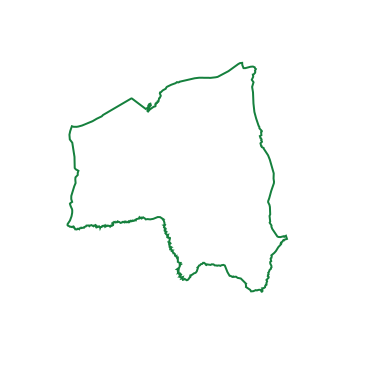 outline of Phanom Sarakham, Chachoengsao, Thailand, rotated 56°
{"feature_id": "78962969B65089616698234", "entity_name": "Phanom Sarakham", "entity_type": "district", "adm_level": 2, "iso_a3": "THA", "parent_name": "Thailand", "parent_adm1": "Chachoengsao", "projection": "robinson", "projection_center": [101.467, 13.734], "detail": "fine", "context": "isolated", "style": "outline", "palette": "green", "viewbox_px": 384, "rotation_deg": 56, "n_neighbors": 0, "source": "geoboundaries", "source_scale": "gbopen_adm2", "svg_char_len": 6074}
<svg xmlns="http://www.w3.org/2000/svg" viewBox="0 0 384 384"><g transform="rotate(56 192 192)"><path d="M113.0,78.2L112.0,80.1L111.8,82.0L112.2,94.2L110.9,106.4L110.1,108.3L107.8,112.7L101.3,122.1L99.2,126.2L93.6,140.7L93.8,141.0L93.4,142.3L92.5,143.0L92.6,144.8L91.5,149.1L90.8,153.9L91.0,154.9L91.7,156.0L91.4,159.4L91.9,162.0L91.6,162.8L92.2,163.5L94.8,164.1L96.0,166.2L95.9,166.9L98.0,169.0L97.7,169.6L98.3,169.9L98.1,171.1L98.6,171.3L98.3,172.4L98.9,172.8L98.8,173.4L100.3,174.1L100.4,174.9L99.9,176.1L100.0,180.7L100.7,183.4L99.8,183.6L97.5,179.2L97.1,177.6L95.5,177.1L95.2,178.2L95.9,179.8L96.2,180.2L97.4,180.1L97.3,183.9L81.0,189.5L80.5,190.0L78.4,222.7L78.8,224.5L78.0,230.0L77.7,234.7L75.4,246.0L74.1,249.8L73.4,251.3L71.7,253.7L70.3,254.8L73.4,258.9L76.0,261.6L80.1,263.9L84.2,263.7L97.2,269.8L106.5,275.8L108.2,275.7L110.9,274.3L112.3,276.1L114.0,277.2L114.7,280.4L116.3,281.7L119.5,283.5L121.4,286.4L127.8,294.3L130.4,296.1L133.2,296.9L133.2,299.0L133.5,299.8L135.9,300.5L139.3,301.1L140.5,301.7L142.3,303.0L144.8,305.5L147.4,309.1L149.0,313.0L149.8,313.7L150.7,313.6L151.1,313.2L152.6,312.6L152.9,311.9L153.6,311.6L154.1,310.1L154.4,310.4L154.9,310.2L155.1,309.5L155.9,309.7L156.8,309.4L157.6,309.7L158.3,308.9L158.6,308.5L158.4,307.6L158.9,307.3L159.2,306.5L159.7,306.3L159.2,305.6L160.0,304.0L159.7,303.7L160.4,303.0L161.2,301.4L160.8,301.0L161.2,299.1L160.8,298.3L162.1,296.2L162.9,296.2L162.8,295.4L163.2,293.9L165.3,292.8L165.0,291.9L165.4,291.4L165.4,290.5L165.9,290.4L166.1,290.9L166.5,290.5L167.1,290.6L167.1,291.1L167.6,291.1L167.3,290.2L168.1,290.3L168.3,290.0L168.4,289.5L168.1,289.3L168.4,288.5L168.7,288.7L169.6,287.8L170.3,288.1L169.9,287.5L170.5,286.4L170.0,285.3L170.7,283.9L171.1,283.9L171.0,282.9L172.2,283.3L172.1,282.4L172.4,282.4L172.6,281.7L172.4,281.2L172.9,280.8L172.9,280.4L174.1,279.6L174.2,279.0L174.9,279.1L174.6,277.9L174.8,277.1L175.0,277.1L174.9,276.8L175.2,276.9L175.3,276.0L175.0,275.6L173.9,275.2L174.2,275.7L173.3,275.5L173.4,274.8L173.6,275.2L173.8,275.0L173.5,274.5L173.5,273.3L174.1,272.9L174.0,272.6L174.3,272.6L174.8,271.7L174.8,270.2L175.4,270.3L175.5,269.7L176.2,269.1L177.7,268.5L178.1,267.2L177.9,266.4L178.5,265.9L178.6,265.2L179.3,265.0L179.0,264.0L179.5,263.4L180.2,263.6L180.9,262.5L180.9,261.2L181.7,261.4L182.0,260.8L181.4,259.9L181.9,259.2L181.6,258.9L182.0,258.5L182.5,258.4L182.6,258.1L182.2,258.1L182.5,257.0L183.4,256.4L183.3,255.5L183.8,254.8L183.6,254.5L184.0,254.3L183.5,253.6L183.5,252.9L184.3,250.9L184.1,250.6L185.1,250.0L183.9,250.1L183.7,249.8L184.6,249.7L184.9,249.3L184.4,249.2L184.6,248.7L184.9,248.7L185.1,248.2L185.8,248.3L185.7,246.7L187.8,245.8L188.8,245.7L189.6,244.0L191.3,242.0L192.6,239.1L193.6,234.4L195.0,232.5L198.5,231.0L198.4,231.5L200.0,231.4L202.2,232.1L203.4,232.9L204.1,232.7L204.2,233.1L203.9,233.9L204.6,233.6L205.0,234.4L205.6,235.0L206.7,234.6L207.9,235.6L208.1,234.8L208.8,235.5L209.0,236.2L210.6,235.6L210.5,236.4L211.1,236.5L211.3,237.1L213.2,236.9L213.6,236.4L214.2,236.8L214.3,236.0L215.2,237.1L215.6,237.0L215.9,237.7L216.8,237.2L217.7,236.0L218.0,236.1L220.5,238.8L221.3,238.7L220.7,239.5L221.9,239.7L222.7,239.3L222.8,240.3L224.6,240.9L224.9,241.3L225.2,241.2L225.1,240.5L226.0,240.1L225.8,240.7L226.1,241.3L226.4,241.3L226.5,240.8L227.0,241.1L226.8,241.7L227.3,242.1L228.3,240.6L228.2,241.2L228.8,241.5L229.3,241.0L229.3,241.6L229.6,241.9L230.6,241.3L232.4,241.7L232.6,241.2L233.9,240.9L235.3,241.7L236.4,241.2L236.4,240.6L237.4,241.1L237.8,240.8L238.4,241.2L238.6,240.5L242.0,242.8L243.8,242.0L244.3,241.3L244.7,242.1L245.7,241.5L245.8,243.1L246.2,243.1L246.8,243.7L247.6,245.2L247.7,247.5L248.7,246.5L249.3,247.8L249.7,248.0L249.7,247.5L250.1,247.3L251.2,248.8L251.3,248.1L252.8,248.5L252.8,247.5L254.4,247.2L254.6,247.8L254.4,248.7L255.0,248.7L255.2,249.7L255.6,249.2L256.1,249.3L256.9,248.4L257.2,247.5L257.9,249.0L258.2,248.1L258.6,248.6L259.2,248.4L259.7,248.6L260.0,247.8L259.9,246.7L262.2,245.7L262.5,244.8L262.1,242.9L261.4,241.6L261.6,241.1L260.3,240.1L260.7,239.4L260.4,239.0L260.7,237.9L260.5,236.2L261.0,234.2L260.5,232.5L258.3,229.6L257.7,229.7L257.5,228.5L256.9,227.3L257.2,226.5L256.8,225.0L257.3,223.9L256.9,222.4L257.5,221.6L257.9,221.7L258.9,221.0L260.1,221.2L260.6,220.9L260.4,220.0L262.9,217.3L262.9,216.2L264.1,214.6L265.6,214.2L266.4,213.0L267.2,212.4L267.4,211.6L268.4,210.2L269.1,209.8L269.2,208.5L270.0,206.7L271.3,205.9L278.2,207.4L282.5,207.7L283.0,207.0L284.8,206.1L285.0,205.3L285.4,205.4L286.8,202.9L288.7,202.2L291.0,199.9L298.1,198.5L298.1,198.8L300.1,199.7L300.9,200.4L305.6,198.5L307.4,198.6L308.5,196.7L309.0,194.0L309.9,193.2L310.3,191.6L311.1,190.3L312.3,189.6L313.2,190.1L313.7,189.9L313.7,189.3L312.8,189.0L312.7,188.5L312.0,188.6L311.5,187.5L311.2,187.5L311.8,186.2L311.8,184.7L310.8,183.9L310.6,182.8L310.2,182.6L310.4,182.0L309.0,181.1L308.0,179.6L306.6,179.5L305.9,176.5L305.6,176.4L305.4,176.0L304.2,176.2L304.1,175.8L303.3,175.5L303.0,174.4L301.6,174.0L301.4,173.1L300.0,171.2L299.8,169.5L299.1,169.0L298.9,168.2L297.4,167.4L295.3,167.2L294.0,166.5L293.6,166.0L293.6,165.0L291.2,164.1L290.9,163.5L291.0,162.9L289.7,161.7L288.9,161.6L288.5,157.8L287.9,155.5L286.0,151.3L285.1,147.4L284.4,147.3L284.3,146.5L283.7,146.4L283.7,144.8L283.1,143.6L283.5,142.9L283.1,142.6L284.0,139.5L280.8,138.6L280.7,140.6L280.0,140.6L278.8,144.0L277.6,145.5L276.6,146.1L267.5,146.1L265.2,145.6L264.2,144.8L260.9,144.8L260.2,143.7L255.2,141.1L254.3,139.7L248.0,135.8L246.0,135.0L243.1,134.6L242.2,134.0L240.3,131.4L235.4,125.7L230.6,119.3L229.4,118.3L226.5,116.9L222.2,113.8L208.7,109.4L204.1,108.4L196.3,108.3L195.6,108.0L193.8,109.0L192.6,108.6L192.4,108.9L189.9,108.0L189.5,105.9L189.0,105.7L187.9,105.8L187.3,104.9L186.0,104.8L185.8,105.1L183.6,104.5L183.7,102.7L180.9,101.2L180.9,100.3L180.4,100.0L177.0,100.5L175.4,99.7L174.5,99.8L166.9,97.7L160.5,95.5L152.9,91.5L143.5,85.7L138.5,83.4L135.4,79.6L132.4,79.7L130.7,76.8L128.7,75.9L129.0,75.3L128.4,73.0L127.7,72.3L126.7,72.0L125.8,70.3L124.9,70.6L123.7,70.3L122.1,71.3L120.9,73.4L119.1,78.6L118.1,80.0L114.9,79.3L113.0,78.2Z" fill="none" stroke="#15803d" stroke-width="2"/></g></svg>